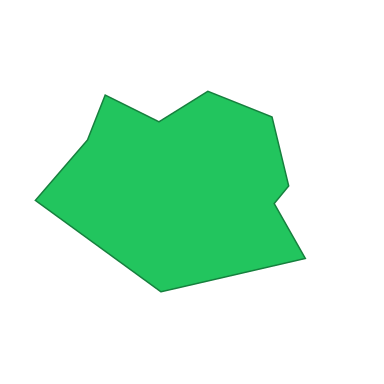 Sharyngol, Darhan-Uul, Mongolia (Albers equal-area conic projection), rotated 131°
{"feature_id": "93677404B32233139158886", "entity_name": "Sharyngol", "entity_type": "district", "adm_level": 2, "iso_a3": "MNG", "parent_name": "Mongolia", "parent_adm1": "Darhan-Uul", "projection": "albers", "projection_center": [106.453, 49.233], "detail": "fine", "context": "isolated", "style": "filled", "palette": "green", "viewbox_px": 384, "rotation_deg": 131, "n_neighbors": 0, "source": "geoboundaries", "source_scale": "gbopen_adm2", "svg_char_len": 301}
<svg xmlns="http://www.w3.org/2000/svg" viewBox="0 0 384 384"><g transform="rotate(131 192 192)"><path d="M301.1,304.7L287.7,150.0L167.8,62.9L146.8,122.4L124.0,123.0L82.9,180.8L105.6,246.1L160.7,263.0L175.8,321.1L221.3,305.0L301.1,304.7Z" fill="#22c55e" stroke="#15803d" stroke-width="1.5"/></g></svg>